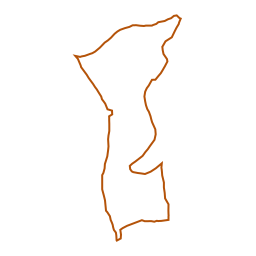 outline of Esan West, Edo, Nigeria
{"feature_id": "59680162B89634889188856", "entity_name": "Esan West", "entity_type": "district", "adm_level": 2, "iso_a3": "NGA", "parent_name": "Nigeria", "parent_adm1": "Edo", "projection": "equal_earth", "projection_center": [6.144, 6.652], "detail": "fine", "context": "isolated", "style": "outline", "palette": "amber", "viewbox_px": 256, "rotation_deg": 0, "n_neighbors": 0, "source": "geoboundaries", "source_scale": "gbopen_adm2", "svg_char_len": 2209}
<svg xmlns="http://www.w3.org/2000/svg" viewBox="0 0 256 256"><path d="M143.9,26.0L139.9,25.7L136.2,25.2L132.6,25.3L129.4,26.9L125.0,28.1L120.2,29.8L117.4,31.5L114.7,33.7L113.1,35.4L111.1,37.6L107.9,40.4L104.7,42.6L99.9,47.6L95.1,51.6L92.3,53.2L89.8,54.0L88.5,54.5L86.0,55.4L84.9,55.8L81.7,56.4L80.1,56.9L75.3,55.9L77.9,58.9L80.7,65.5L81.1,67.1L81.9,68.2L84.7,72.0L86.7,74.7L88.7,78.0L91.1,81.3L93.1,84.0L94.8,86.7L95.0,87.0L96.8,89.4L98.8,92.7L101.2,96.5L102.0,99.3L103.1,100.7L105.2,103.6L107.5,109.3L112.0,110.6L112.2,114.4L109.1,116.3L109.2,117.8L109.2,120.6L109.3,123.9L109.3,131.0L108.8,133.9L108.5,135.4L108.1,139.3L108.5,146.4L108.1,150.3L107.3,156.3L106.1,160.2L104.9,164.0L104.6,168.4L103.4,172.9L102.2,175.1L102.2,178.4L102.2,181.1L102.2,186.1L102.2,189.4L103.8,195.4L105.0,200.3L105.8,208.6L106.0,210.7L107.3,212.2L109.9,216.2L110.7,220.0L111.9,222.7L112.7,224.9L113.1,227.1L113.9,229.9L115.9,232.6L116.3,235.3L116.6,240.3L116.8,240.6L120.7,238.5L121.0,234.7L120.3,229.8L122.7,228.1L127.1,225.8L141.9,220.2L144.7,221.2L147.5,221.2L151.1,221.1L154.3,221.7L156.9,220.8L158.1,221.1L158.8,221.0L161.3,220.9L168.5,219.9L168.5,217.1L168.5,216.8L168.5,216.4L168.6,215.3L168.5,214.2L168.4,210.6L168.5,204.3L167.0,201.7L165.1,198.4L164.7,192.9L164.3,190.2L163.9,187.5L163.9,182.5L162.2,175.4L162.0,172.6L161.8,170.5L161.7,169.5L161.4,167.7L161.8,163.3L155.8,168.3L150.6,171.7L145.0,174.0L141.0,173.4L137.8,173.0L133.1,172.1L132.8,171.9L131.8,171.4L130.2,169.2L129.8,165.9L132.2,163.7L135.4,161.5L139.0,158.7L142.6,155.9L145.4,152.0L147.8,149.2L149.7,146.4L151.3,144.2L154.5,139.8L155.7,134.3L155.3,129.3L154.8,128.2L152.1,122.2L151.2,119.1L150.5,116.2L148.9,111.8L147.3,109.1L146.0,105.3L145.2,101.5L144.4,96.5L144.8,94.0L145.2,91.6L146.8,88.2L148.8,85.5L150.9,81.7L152.0,79.8L155.4,79.7L158.4,76.0L160.8,73.2L162.8,69.9L164.1,67.6L164.9,66.3L165.6,64.9L167.4,61.5L167.0,59.1L163.5,54.0L162.7,50.1L162.4,47.1L162.3,46.9L165.5,41.3L171.8,37.3L174.7,31.3L175.7,29.3L176.7,27.4L178.7,24.1L179.1,22.5L180.7,18.6L179.5,18.1L176.7,15.4L173.9,15.9L171.1,18.2L167.9,19.3L164.7,21.0L158.3,22.2L156.3,23.9L153.1,25.0L151.9,25.6L149.5,25.6L145.9,25.6L143.9,26.0Z" fill="none" stroke="#b45309" stroke-width="2"/></svg>